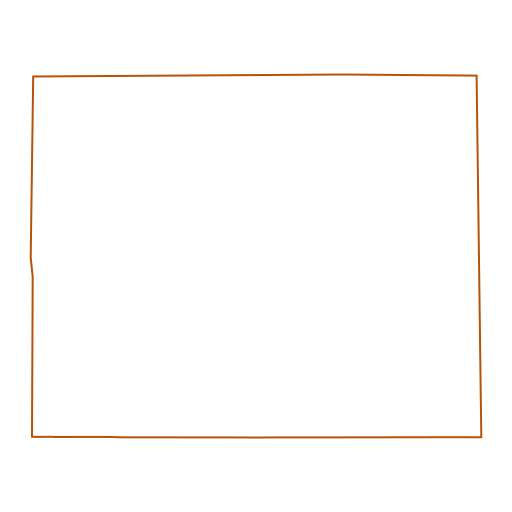 the district of Red Willow, Nebraska, United States of America
{"feature_id": "52423323B41547388683748", "entity_name": "Red Willow", "entity_type": "district", "adm_level": 2, "iso_a3": "USA", "parent_name": "United States of America", "parent_adm1": "Nebraska", "projection": "albers", "projection_center": [-100.534, 40.177], "detail": "fine", "context": "isolated", "style": "outline", "palette": "amber", "viewbox_px": 512, "rotation_deg": 0, "n_neighbors": 0, "source": "geoboundaries", "source_scale": "gbopen_adm2", "svg_char_len": 497}
<svg xmlns="http://www.w3.org/2000/svg" viewBox="0 0 512 512"><path d="M32.0,436.7L37.3,436.9L47.9,436.8L52.3,436.8L55.0,437.0L62.0,437.0L91.9,436.9L110.4,437.0L122.1,437.3L157.5,437.3L162.4,437.3L184.3,437.4L196.5,437.4L228.9,437.4L247.9,437.5L256.0,437.5L256.9,437.5L262.6,437.5L279.8,437.4L286.2,437.4L325.1,437.4L451.0,437.2L452.8,437.2L463.9,437.2L478.6,437.3L481.3,437.2L476.6,75.6L342.8,74.5L33.2,76.5L30.7,257.6L32.7,276.9L32.0,436.7Z" fill="none" stroke="#b45309" stroke-width="2"/></svg>